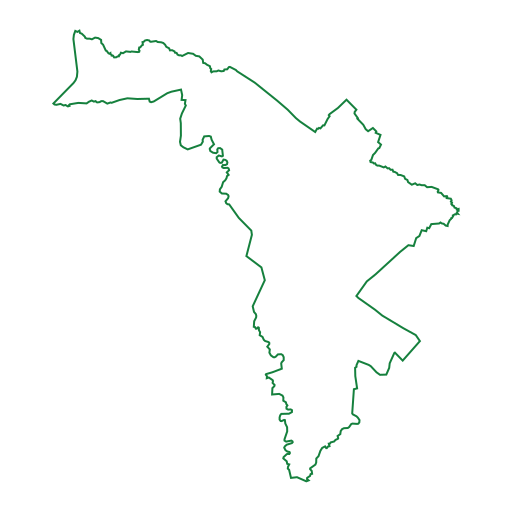 Chaloem Phra Kiat, Nakhon Si Thammarat, Thailand (Albers equal-area conic projection)
{"feature_id": "78962969B27517873641345", "entity_name": "Chaloem Phra Kiat", "entity_type": "district", "adm_level": 2, "iso_a3": "THA", "parent_name": "Thailand", "parent_adm1": "Nakhon Si Thammarat", "projection": "albers", "projection_center": [100.025, 8.16], "detail": "fine", "context": "isolated", "style": "outline", "palette": "green", "viewbox_px": 512, "rotation_deg": 0, "n_neighbors": 0, "source": "geoboundaries", "source_scale": "gbopen_adm2", "svg_char_len": 5983}
<svg xmlns="http://www.w3.org/2000/svg" viewBox="0 0 512 512"><path d="M306.3,481.3L308.6,480.4L307.0,479.1L307.2,477.8L310.0,476.0L310.6,474.1L312.1,473.8L311.7,470.9L310.1,469.1L310.2,468.3L315.4,464.6L316.2,462.5L316.3,458.5L318.5,456.2L320.4,450.8L322.2,447.9L325.1,446.4L326.2,448.1L326.8,448.1L327.9,446.6L329.5,446.2L328.8,443.7L329.9,443.6L330.7,442.4L334.1,441.5L335.5,439.9L337.9,438.8L338.2,438.2L337.6,436.0L340.3,434.1L340.7,431.1L342.1,429.1L344.0,428.2L347.8,428.0L349.1,427.1L351.2,424.1L352.4,423.6L357.2,423.9L358.3,423.7L359.3,422.4L359.5,420.1L357.9,417.7L356.5,416.3L352.9,414.4L352.2,413.4L353.9,389.2L357.1,388.4L355.3,376.1L355.1,367.8L356.5,366.8L356.5,365.2L358.4,360.9L368.7,364.9L370.8,366.2L376.5,372.3L380.0,374.8L386.3,374.6L389.2,367.9L389.7,363.3L394.3,353.0L394.9,352.6L402.7,360.6L419.9,341.1L415.8,335.1L403.3,328.2L382.3,315.6L375.0,309.7L358.4,298.0L356.4,296.0L366.8,281.4L375.6,274.3L400.2,251.8L408.4,245.2L413.7,246.0L416.2,238.1L419.4,236.0L421.7,230.2L426.2,231.2L427.3,227.7L429.2,228.2L431.3,224.1L439.1,223.5L440.5,222.5L441.7,223.4L443.7,223.8L445.7,225.6L447.6,226.0L447.7,224.5L449.7,220.2L451.1,218.9L451.3,218.1L452.0,218.0L453.2,216.0L452.9,215.4L454.9,214.3L456.0,214.4L456.4,213.5L457.9,213.8L457.0,212.7L457.6,211.0L458.6,210.8L458.6,208.9L456.7,209.4L456.4,208.2L454.5,207.6L453.9,206.0L452.2,205.3L452.1,204.4L451.3,203.9L452.0,202.5L450.9,201.6L451.6,200.3L450.8,198.7L446.6,198.1L446.5,197.5L447.2,196.8L446.9,196.1L444.1,196.4L441.1,192.9L437.9,192.4L437.7,191.7L438.5,189.9L438.1,189.3L431.6,186.9L427.1,187.2L424.7,185.2L421.6,185.2L419.5,184.5L417.3,185.0L415.2,183.3L411.8,184.7L408.1,182.1L407.4,180.0L405.1,178.8L404.2,176.4L400.6,175.0L398.0,174.9L397.1,173.2L394.7,171.9L393.3,171.7L392.5,169.7L390.6,169.8L389.1,168.2L387.6,168.4L385.4,166.5L383.8,167.4L379.2,165.6L377.3,165.6L375.9,164.7L375.2,163.3L373.9,163.5L372.9,162.5L370.6,162.1L370.2,160.7L371.3,159.9L373.0,155.0L375.1,152.9L378.3,148.4L379.3,148.1L381.0,144.6L378.1,142.1L380.5,134.9L375.7,132.8L376.3,131.4L372.9,128.0L368.1,131.2L365.7,129.2L363.3,124.8L357.4,118.7L357.9,118.2L354.5,113.5L354.7,111.9L356.4,109.7L346.5,99.7L337.9,108.0L329.6,114.1L328.8,115.1L329.6,116.2L327.6,119.0L324.4,125.4L323.1,125.3L320.4,128.4L319.0,127.9L318.1,128.8L317.1,128.6L315.2,132.0L300.0,121.5L295.9,118.1L287.7,109.7L277.1,100.6L254.7,82.6L237.1,71.3L235.9,70.0L229.9,66.9L228.9,67.1L227.2,69.3L224.4,69.5L223.7,71.0L221.2,71.3L218.4,70.5L216.7,71.3L213.2,71.4L211.5,72.3L210.8,71.2L211.2,69.0L210.3,68.2L209.9,66.2L206.9,64.7L205.2,63.3L203.2,62.9L202.7,59.6L199.3,56.4L195.8,55.8L193.1,53.8L188.1,53.0L182.1,56.0L180.8,55.3L179.0,55.3L177.5,54.6L176.6,52.9L175.0,52.7L174.5,51.4L172.1,50.2L170.0,50.4L169.1,48.3L166.3,46.8L165.1,44.7L163.3,43.0L161.2,42.3L157.7,42.0L156.1,41.0L150.8,41.8L150.1,41.6L149.3,40.5L147.1,40.0L145.0,40.5L143.7,41.8L142.5,42.1L142.9,44.8L141.8,45.4L140.3,47.3L139.2,47.5L138.8,49.7L139.5,50.7L139.2,51.8L137.9,52.1L131.5,51.5L130.5,51.9L126.0,51.4L123.0,53.2L120.9,52.7L120.1,54.6L119.0,55.2L118.9,56.3L117.6,56.4L116.2,57.3L114.1,57.4L113.1,55.7L111.6,55.6L111.5,54.7L110.3,54.0L110.3,53.1L109.3,53.7L108.5,53.3L106.6,50.8L105.8,50.6L103.1,44.7L101.3,43.0L101.1,39.9L98.2,38.1L95.1,37.6L91.9,39.3L89.8,38.7L87.1,38.7L85.3,37.9L84.8,36.6L81.8,33.7L80.0,33.0L79.4,30.7L77.4,31.9L75.3,30.9L73.9,34.8L73.4,39.0L77.4,71.6L76.9,76.8L75.5,80.3L73.6,82.9L53.4,103.5L54.5,104.5L56.4,104.8L60.5,103.9L63.6,105.5L65.5,105.0L67.9,106.4L69.5,105.9L69.1,105.0L69.8,104.3L75.2,103.4L78.4,102.9L86.6,103.4L89.0,101.7L91.7,100.5L93.9,101.6L95.6,101.1L96.6,102.2L97.5,102.4L99.6,102.1L101.3,101.1L103.0,101.1L107.3,103.6L110.4,102.5L111.6,102.8L119.6,100.0L127.4,98.3L137.4,99.0L148.9,98.7L149.7,101.6L151.1,102.2L153.7,101.5L167.3,93.2L171.4,91.7L181.0,89.6L182.2,95.1L181.6,99.9L185.5,100.1L184.9,103.8L185.8,105.5L181.9,113.5L180.2,118.7L180.8,123.2L180.9,135.7L180.0,141.8L180.8,145.3L183.4,147.3L187.7,149.4L201.0,144.7L202.8,141.7L202.6,139.8L204.2,136.4L209.1,136.0L210.8,136.6L211.6,139.7L214.0,144.3L210.1,148.1L209.7,148.9L210.3,151.0L213.0,152.7L216.2,153.2L217.5,152.0L217.3,149.4L218.2,148.2L220.1,148.1L222.2,149.6L222.9,155.8L221.9,156.4L218.8,155.5L216.7,157.2L216.7,158.6L219.3,162.4L220.2,162.9L221.8,162.7L223.5,159.6L225.3,159.9L226.7,160.8L227.4,162.4L227.0,164.2L225.5,165.0L222.8,165.1L222.0,166.7L222.5,167.5L223.7,168.0L227.6,167.8L228.6,168.5L229.1,170.2L226.8,172.4L228.6,174.9L227.0,176.1L226.5,178.2L225.2,180.3L223.1,182.2L221.7,186.8L219.9,189.3L219.7,191.6L221.9,193.5L226.2,193.7L228.1,195.0L228.6,196.2L228.1,198.2L225.5,201.3L226.2,203.2L227.5,204.2L229.2,204.4L238.8,217.9L251.3,230.6L251.9,234.8L246.4,256.1L261.4,267.4L264.8,280.2L252.7,306.3L254.0,311.9L255.9,314.2L256.3,315.9L256.1,317.5L254.2,321.2L253.8,326.8L255.2,327.2L255.8,328.7L256.7,328.7L258.1,327.3L258.8,327.7L259.0,330.3L260.1,332.2L259.7,335.2L262.5,336.9L263.8,339.8L265.1,341.0L268.6,342.1L269.3,342.9L269.3,344.0L267.3,346.7L269.8,349.4L269.4,352.7L270.9,355.4L273.4,357.2L274.5,357.3L275.7,356.7L277.9,354.4L281.2,354.2L282.7,355.1L283.7,357.2L283.7,360.1L281.6,362.4L281.2,363.6L281.8,368.7L272.3,372.3L266.1,374.1L265.8,374.7L267.0,376.3L266.8,378.2L268.8,377.5L272.6,380.1L273.0,381.0L272.6,382.9L274.6,385.0L274.3,386.2L272.4,388.1L272.1,394.5L279.2,393.9L282.5,395.6L283.4,397.4L283.3,400.7L285.9,402.3L286.3,404.0L287.4,405.4L286.4,406.9L286.5,408.7L288.1,409.6L290.7,409.4L292.0,410.2L291.9,412.1L289.0,413.7L281.3,413.9L280.2,415.3L279.6,417.4L279.6,419.6L280.6,421.0L281.6,421.1L284.1,419.9L284.9,420.1L285.3,423.5L287.1,427.2L287.2,431.4L284.5,439.3L284.5,440.6L286.1,441.6L291.4,440.6L292.5,441.4L292.7,442.2L291.9,443.1L286.7,444.7L284.8,446.4L284.2,447.7L285.5,450.2L287.3,451.5L289.5,452.0L289.9,453.0L289.3,454.0L287.3,453.9L286.5,454.4L283.6,457.1L283.3,458.4L286.7,461.3L287.2,463.8L289.2,464.4L288.0,466.8L287.8,468.6L289.1,469.8L291.0,477.9L297.0,477.2L306.3,481.3Z" fill="none" stroke="#15803d" stroke-width="2"/></svg>